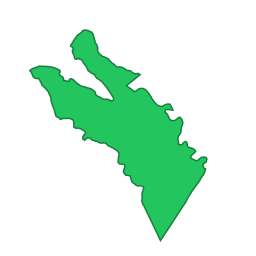 Maracanã, Pará, Brazil (Natural Earth projection), rotated 320°
{"feature_id": "56859067B55214548795281", "entity_name": "Maracanã", "entity_type": "district", "adm_level": 2, "iso_a3": "BRA", "parent_name": "Brazil", "parent_adm1": "Pará", "projection": "natural_earth1", "projection_center": [-47.491, -0.804], "detail": "fine", "context": "isolated", "style": "filled", "palette": "green", "viewbox_px": 256, "rotation_deg": 320, "n_neighbors": 0, "source": "geoboundaries", "source_scale": "gbopen_adm2", "svg_char_len": 4097}
<svg xmlns="http://www.w3.org/2000/svg" viewBox="0 0 256 256"><g transform="rotate(320 128 128)"><path d="M161.0,209.3L160.4,207.1L161.6,204.4L163.0,203.8L164.2,204.1L166.0,204.4L167.1,203.5L168.6,202.4L168.7,200.4L167.6,199.2L166.5,198.4L165.5,197.7L163.1,197.6L160.7,197.7L159.0,196.7L158.0,194.4L157.3,193.0L157.0,190.9L158.2,190.0L159.6,189.7L162.5,189.8L164.8,189.4L165.1,187.4L164.3,185.2L162.8,183.0L161.8,181.1L162.3,179.3L163.2,178.2L163.8,176.3L163.1,175.2L161.2,174.8L159.5,175.3L158.2,175.4L156.1,173.0L157.4,171.6L158.2,170.3L158.8,169.0L159.9,167.7L161.4,166.6L163.0,166.3L165.8,165.3L167.2,163.9L168.0,162.9L169.0,162.1L172.8,159.8L173.7,158.8L174.7,156.2L174.9,153.4L173.6,152.5L171.1,152.6L169.7,152.5L167.6,151.7L166.0,150.1L165.7,148.7L165.7,147.3L166.6,144.4L167.0,141.7L166.5,139.9L167.7,138.5L168.9,138.5L170.1,139.2L174.0,143.2L174.7,140.0L175.5,136.7L173.6,135.0L171.5,134.0L169.6,133.8L167.7,133.3L165.6,130.5L165.1,128.8L165.0,127.0L164.9,124.7L165.1,121.8L165.6,119.3L166.0,116.7L166.2,114.3L166.2,111.8L166.0,109.6L164.9,107.4L164.0,106.4L162.3,105.4L160.7,104.9L158.4,104.9L156.5,104.6L154.0,94.6L171.6,94.9L170.6,92.4L168.5,91.5L167.1,88.8L166.6,85.6L165.4,84.4L164.3,83.3L163.6,81.1L163.1,79.1L162.1,77.2L161.0,75.9L159.1,74.5L158.2,72.3L158.4,70.8L157.6,68.0L157.2,64.7L157.5,62.9L156.5,60.5L155.4,58.1L154.3,56.1L154.1,54.3L153.9,52.3L153.8,50.5L154.4,49.3L155.3,48.3L156.5,46.9L157.3,44.7L157.8,43.3L157.2,41.6L158.7,40.2L159.6,37.8L160.3,36.4L161.4,33.8L161.8,32.0L161.4,30.5L160.7,29.3L160.3,28.0L158.8,26.1L157.2,24.7L155.6,24.4L153.7,24.8L152.5,24.8L150.3,24.6L149.0,24.5L147.5,24.8L146.3,25.1L144.4,25.6L142.4,26.1L140.6,26.9L139.3,27.4L137.7,27.7L136.6,28.7L137.5,30.3L136.9,32.3L135.6,32.6L134.5,33.7L133.8,35.5L133.4,37.7L132.3,39.5L131.8,40.8L132.7,42.3L134.8,42.7L135.2,44.3L136.4,45.9L135.9,48.4L135.5,51.4L135.7,53.0L135.4,54.6L134.9,56.6L134.3,58.3L134.8,60.0L135.1,62.0L136.4,64.9L136.3,67.4L136.0,69.4L136.8,71.5L137.2,73.2L137.8,76.0L137.7,83.0L137.3,87.6L137.0,90.0L136.6,92.9L136.2,95.8L135.1,96.9L133.4,97.2L132.2,95.9L131.8,94.4L130.6,92.7L129.2,91.4L127.9,90.3L127.2,89.1L126.6,87.4L126.2,86.1L125.6,84.9L124.9,83.3L124.7,81.9L125.3,80.7L126.0,78.9L125.6,76.7L124.9,74.3L123.9,72.8L122.7,71.1L121.4,68.9L120.0,67.2L119.2,65.9L118.6,64.3L118.1,62.2L117.7,60.8L117.5,59.4L117.3,58.0L117.1,55.8L116.3,53.8L115.0,53.2L113.8,53.4L112.8,54.3L111.6,53.4L110.6,51.5L109.2,50.2L110.2,48.8L110.8,47.2L110.3,45.5L109.7,43.6L110.6,41.8L112.1,41.5L112.8,39.9L112.1,38.1L111.1,36.2L110.1,34.3L109.2,32.9L108.1,31.6L107.1,30.5L105.4,28.7L103.8,27.2L102.6,26.1L101.3,25.1L100.0,23.7L98.1,23.0L96.3,22.5L94.4,21.7L92.8,21.1L91.4,21.0L89.7,20.9L89.7,23.1L89.3,24.6L88.7,26.3L88.3,28.6L88.8,30.1L90.0,31.6L91.4,32.8L91.1,34.9L90.6,36.6L90.3,38.1L89.6,40.0L89.9,41.6L90.1,43.3L90.2,45.5L90.3,47.3L90.2,49.4L89.4,51.3L89.3,52.7L88.6,54.5L87.6,56.4L86.5,57.8L85.8,59.4L85.3,60.7L84.6,62.2L84.2,63.7L83.6,65.6L83.0,67.0L82.3,68.6L81.2,70.7L80.5,72.5L80.8,74.3L81.9,76.1L81.6,77.8L84.2,78.9L86.0,80.3L87.0,81.1L88.4,82.0L89.4,83.3L90.7,85.1L91.1,86.5L90.4,88.2L89.3,90.0L87.1,92.4L87.7,94.4L88.8,95.5L89.9,96.1L91.4,98.5L91.8,100.0L92.8,102.4L92.6,104.0L91.5,105.0L90.0,104.9L87.5,105.8L86.3,107.5L87.0,109.6L88.8,109.3L90.7,109.6L92.5,111.2L92.6,113.7L93.5,115.2L94.5,117.1L95.8,118.4L96.2,120.0L97.4,122.0L98.9,123.2L100.0,123.9L101.3,125.5L101.3,128.3L102.0,130.3L103.1,132.5L103.8,134.2L104.4,135.9L104.7,137.3L105.1,139.3L104.8,142.1L101.3,144.8L98.3,147.9L98.4,150.2L99.3,151.1L100.9,152.4L101.7,153.8L101.2,155.2L98.7,156.9L97.2,157.8L96.0,159.3L95.9,162.7L97.6,164.3L98.8,166.3L97.2,169.7L96.6,171.2L96.5,172.7L97.2,175.4L97.3,176.8L98.2,178.7L100.3,180.1L101.1,181.1L101.9,182.6L101.4,184.1L99.3,185.5L98.1,186.1L96.6,187.2L95.4,188.8L93.9,190.7L91.8,192.5L90.4,195.7L90.2,197.6L83.3,224.6L80.5,235.1L100.3,229.2L111.7,225.7L124.8,221.8L128.0,220.3L136.2,217.6L139.0,216.9L140.7,216.5L143.1,215.8L145.8,215.3L147.5,214.8L149.4,214.3L151.2,213.4L153.5,212.8L155.7,212.3L158.6,211.0L161.0,209.3Z" fill="#22c55e" stroke="#15803d" stroke-width="1.5"/></g></svg>